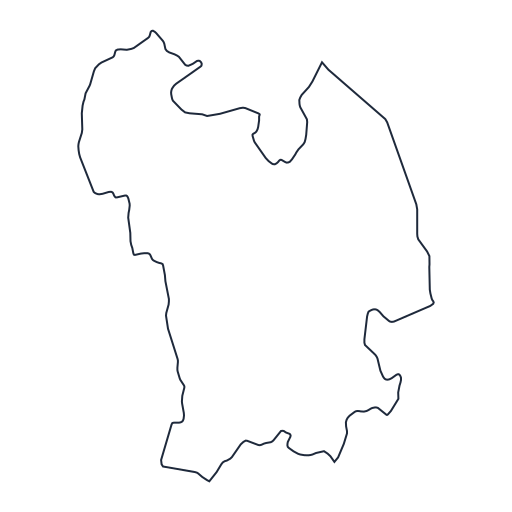 outline of Central
{"feature_id": "KEN-1195", "entity_name": "Central", "entity_type": "Province", "adm_level": 1, "iso_a3": "KEN", "parent_name": "Kenya", "parent_adm1": "", "projection": "natural_earth1", "projection_center": [36.807, -0.59], "detail": "fine", "context": "isolated", "style": "outline", "palette": "slate", "viewbox_px": 512, "rotation_deg": 0, "n_neighbors": 0, "source": "natural_earth", "source_scale": "10m", "svg_char_len": 4287}
<svg xmlns="http://www.w3.org/2000/svg" viewBox="0 0 512 512"><path d="M322.0,62.3L328.4,69.7L385.3,119.1L387.2,122.4L416.3,204.3L417.2,209.4L417.2,233.8L417.4,236.5L418.3,239.4L427.1,251.5L429.4,256.1L429.5,264.4L429.3,266.9L429.8,289.7L430.4,293.4L431.7,298.6L432.3,300.0L433.2,301.2L433.7,302.4L433.2,303.8L430.3,305.9L393.9,321.6L391.8,321.9L390.1,321.6L388.9,320.9L383.4,316.3L379.7,312.0L377.6,310.2L376.4,309.6L375.1,309.3L374.1,309.3L372.9,309.5L371.5,310.0L369.2,311.2L368.5,311.8L367.8,313.6L367.1,316.4L364.4,339.3L364.4,342.7L365.0,345.0L375.3,354.8L376.1,355.9L376.9,357.2L377.5,358.6L380.4,370.7L383.0,376.5L383.8,377.7L384.7,378.8L386.0,379.5L387.5,379.7L389.1,379.4L390.5,378.8L391.8,378.1L396.4,374.8L397.6,374.3L398.7,374.2L399.7,375.0L400.5,376.3L401.0,377.8L401.0,380.0L400.5,382.4L399.5,385.6L398.2,392.5L398.4,398.8L390.9,411.0L387.8,414.5L387.2,414.9L386.6,414.9L377.9,407.9L376.5,407.5L375.1,407.4L372.2,408.0L370.9,408.6L368.4,410.1L366.6,411.0L363.9,411.6L360.7,411.4L359.2,411.1L357.6,411.0L356.1,411.2L354.8,411.8L349.6,415.7L347.7,417.8L346.6,419.8L345.9,422.3L346.1,426.4L347.0,431.1L347.0,433.4L343.8,443.9L338.1,457.4L334.4,461.9L330.4,456.2L327.6,453.6L324.0,451.2L316.0,453.0L312.5,454.5L310.6,455.0L308.3,455.3L304.4,455.2L300.2,454.5L298.1,453.8L293.5,451.3L288.9,448.0L287.8,446.9L287.4,445.4L287.5,443.7L287.8,442.0L290.4,436.7L290.6,435.4L290.1,434.3L289.2,433.7L286.5,432.7L285.8,432.4L283.8,431.0L282.5,430.8L281.0,431.0L273.5,440.3L272.3,441.4L270.8,442.2L266.1,443.0L264.0,443.6L261.4,444.8L259.8,445.2L258.3,445.0L247.2,440.8L245.7,440.6L243.4,441.9L240.7,444.4L231.9,457.1L230.2,458.7L226.8,460.6L224.7,461.2L222.8,462.4L221.3,464.3L216.6,472.1L209.3,481.3L207.0,480.1L202.3,477.0L198.1,473.4L197.0,472.7L195.1,472.1L163.0,466.5L161.6,464.3L161.1,460.0L171.6,424.4L172.4,423.0L173.8,422.7L178.8,422.7L180.4,422.4L181.7,421.9L182.9,420.7L183.6,418.8L184.0,415.4L183.8,412.9L182.1,403.5L181.9,401.5L182.3,395.8L184.3,387.8L184.4,386.8L184.3,386.3L184.1,385.6L180.3,379.8L179.7,378.3L177.7,371.6L177.4,370.0L177.4,367.7L177.9,362.1L177.9,360.5L177.6,359.0L168.0,328.7L166.0,315.6L166.3,312.9L168.6,304.6L168.9,301.5L168.9,299.0L165.4,281.2L164.9,275.1L163.1,265.5L162.6,264.1L161.5,263.5L160.6,263.2L159.4,263.0L156.8,262.1L154.1,260.8L152.9,260.0L152.0,258.9L150.7,255.9L150.0,254.5L148.9,253.6L147.6,253.2L144.2,253.2L140.8,253.6L135.1,254.9L134.3,254.9L133.8,254.5L133.3,253.1L132.3,248.0L131.2,244.8L130.5,241.2L130.3,232.9L128.2,217.6L128.6,212.9L129.2,209.9L129.7,205.6L129.6,203.7L128.4,198.7L127.8,197.2L127.1,196.1L126.2,195.5L125.1,195.5L116.9,197.4L115.6,197.4L114.7,196.5L114.0,195.3L113.4,193.8L112.7,192.6L111.6,191.9L110.2,191.8L108.6,192.0L102.6,193.8L99.3,194.3L97.7,194.1L96.3,193.6L95.2,193.1L94.5,192.6L93.7,191.9L80.1,157.3L79.2,154.0L78.6,150.2L78.3,146.2L78.5,144.1L78.9,142.1L81.8,133.0L82.3,129.4L81.8,113.3L82.6,105.6L83.5,101.7L84.4,99.4L85.6,93.3L89.6,85.7L90.2,84.2L93.9,71.3L95.2,68.2L98.9,64.3L101.5,62.5L112.7,57.3L113.7,56.4L114.4,55.0L115.2,51.9L115.8,50.5L117.5,49.6L120.6,49.3L126.8,49.8L131.3,48.9L133.8,48.0L148.2,37.8L149.2,36.8L149.8,35.3L150.7,32.0L151.6,31.0L152.9,30.7L154.9,31.9L156.2,33.1L162.9,40.9L163.7,42.2L164.3,43.8L165.4,49.0L166.8,50.9L169.2,52.4L174.5,54.3L177.1,55.6L178.9,56.8L185.2,64.8L186.5,65.5L188.3,65.8L191.1,64.6L193.0,63.7L196.9,61.0L198.3,60.7L199.7,60.9L201.1,62.3L201.7,63.7L201.6,65.0L201.3,65.9L200.4,66.7L176.2,83.7L174.1,85.6L172.7,87.6L171.9,88.9L171.4,90.5L171.1,92.3L171.2,94.2L171.9,97.8L172.3,99.4L173.0,100.8L181.4,109.5L185.1,112.4L189.7,113.3L202.2,114.3L207.1,116.0L220.0,113.8L239.7,108.2L243.0,107.7L245.4,108.1L258.4,113.4L259.5,114.1L259.7,114.7L259.1,116.5L259.1,120.4L258.2,126.8L257.6,129.1L257.0,130.4L256.3,131.6L255.3,132.6L253.1,133.9L252.5,134.7L252.6,136.0L254.0,140.8L254.7,142.3L265.7,158.0L268.6,161.1L271.9,163.6L272.9,164.1L273.7,164.2L274.8,164.3L276.5,163.4L277.9,162.2L279.2,160.6L280.3,159.8L281.5,159.9L285.1,162.0L286.5,162.6L288.1,162.5L289.8,161.8L292.0,159.3L295.3,154.4L296.3,152.5L298.5,149.3L303.1,144.5L303.9,143.4L304.7,142.0L305.5,139.0L306.2,134.8L307.2,122.1L306.9,119.3L300.3,107.3L299.8,105.7L299.5,104.0L299.3,100.0L300.2,97.6L301.7,94.9L308.9,87.0L312.4,81.5L322.0,62.3Z" fill="none" stroke="#1e293b" stroke-width="2"/></svg>